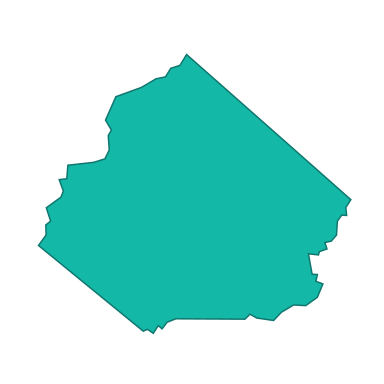 outline of Goliad, Texas, United States of America, rotated 85°
{"feature_id": "52423323B85181165620653", "entity_name": "Goliad", "entity_type": "district", "adm_level": 2, "iso_a3": "USA", "parent_name": "United States of America", "parent_adm1": "Texas", "projection": "equal_earth", "projection_center": [-97.401, 28.657], "detail": "fine", "context": "isolated", "style": "filled", "palette": "teal", "viewbox_px": 384, "rotation_deg": 85, "n_neighbors": 0, "source": "geoboundaries", "source_scale": "gbopen_adm2", "svg_char_len": 816}
<svg xmlns="http://www.w3.org/2000/svg" viewBox="0 0 384 384"><g transform="rotate(85 192 192)"><path d="M54.6,185.4L64.8,193.0L66.9,202.3L75.0,208.4L76.1,218.0L83.4,233.3L90.4,259.5L112.9,271.9L123.3,266.9L128.5,270.5L143.0,270.8L151.4,275.9L153.9,287.5L154.5,313.3L167.9,315.6L168.1,323.2L179.9,320.1L185.7,323.0L195.0,338.5L208.7,335.4L212.1,340.5L222.1,341.1L231.9,349.6L326.4,252.7L324.9,248.3L329.4,242.9L322.2,237.3L325.7,233.7L319.6,228.2L316.9,219.1L323.3,150.3L318.8,144.9L323.2,138.5L327.1,121.9L319.5,113.3L313.4,100.6L315.1,88.6L307.8,76.3L295.0,69.6L291.8,76.3L285.1,74.3L284.4,79.5L263.7,81.4L265.7,71.5L262.5,70.3L260.5,62.5L253.9,64.0L253.1,57.6L247.5,51.8L233.7,49.7L228.1,44.9L228.8,40.0L220.8,40.1L213.5,34.4L144.3,100.1L54.6,185.4Z" fill="#14b8a6" stroke="#0f766e" stroke-width="1.5"/></g></svg>